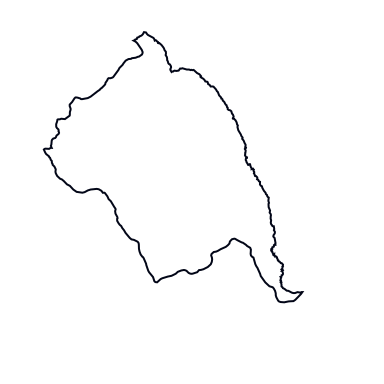 outline of Cabrera, Cundinamarca, Colombia, rotated 315°
{"feature_id": "7082276B86545792677469", "entity_name": "Cabrera", "entity_type": "district", "adm_level": 2, "iso_a3": "COL", "parent_name": "Colombia", "parent_adm1": "Cundinamarca", "projection": "albers", "projection_center": [-74.42, 3.884], "detail": "fine", "context": "isolated", "style": "outline", "palette": "ink", "viewbox_px": 384, "rotation_deg": 315, "n_neighbors": 0, "source": "geoboundaries", "source_scale": "gbopen_adm2", "svg_char_len": 6005}
<svg xmlns="http://www.w3.org/2000/svg" viewBox="0 0 384 384"><g transform="rotate(315 192 192)"><path d="M117.3,57.2L116.1,60.3L115.7,62.0L116.1,65.8L115.6,66.6L115.8,67.5L114.9,69.3L114.8,70.9L113.5,72.4L113.3,73.5L112.7,74.2L112.7,76.7L111.7,79.6L109.7,81.2L108.9,82.5L108.0,85.3L108.1,89.3L108.9,91.1L109.1,93.6L109.0,98.2L110.0,101.3L109.8,106.3L110.5,110.3L114.0,115.0L116.0,116.2L119.4,117.2L122.1,118.6L126.8,122.4L128.0,124.1L128.8,127.1L128.4,129.5L129.6,130.6L129.7,131.2L129.1,135.3L128.0,138.1L128.1,141.1L126.5,147.4L126.1,149.6L125.8,150.2L124.1,151.2L122.6,153.2L121.5,156.9L120.8,157.9L120.1,158.0L118.7,159.5L118.0,162.1L117.7,164.1L117.9,166.0L117.2,168.2L116.9,170.9L116.1,173.9L115.5,180.5L115.7,182.7L117.1,184.8L118.3,188.4L118.4,188.9L118.1,190.4L117.3,191.5L114.3,194.7L112.8,197.0L111.5,199.9L111.1,202.7L111.3,203.6L111.0,204.7L108.8,210.3L108.1,211.2L105.4,216.7L104.9,218.5L104.3,224.6L102.3,228.5L102.4,229.8L103.5,231.2L108.2,231.4L110.0,232.0L115.1,234.7L118.3,236.8L122.7,238.3L125.5,238.4L128.9,239.9L131.1,241.4L131.7,242.2L132.4,243.8L132.4,246.8L133.0,248.4L133.8,249.5L134.7,250.2L139.0,252.4L141.8,252.2L143.2,253.4L145.5,254.7L150.1,256.2L154.1,256.4L156.6,255.4L158.6,253.9L159.7,252.5L160.7,250.4L161.9,249.7L162.9,249.7L164.9,249.8L166.9,251.2L168.6,251.9L171.8,252.7L177.1,254.7L179.7,255.0L182.0,254.9L183.8,253.8L185.8,253.7L186.9,253.7L188.9,254.9L189.4,255.7L190.0,258.1L191.5,262.8L192.1,263.8L192.8,267.5L192.8,269.2L193.7,272.6L192.9,274.4L189.7,277.2L188.8,278.6L188.7,280.4L189.1,281.8L185.7,287.9L184.9,290.3L184.7,291.7L182.3,298.0L181.2,300.0L179.9,307.7L180.1,313.4L181.7,316.4L181.6,318.0L180.8,320.7L179.6,322.8L178.1,324.4L177.2,326.1L176.1,329.7L176.1,330.8L176.8,332.4L179.2,335.2L183.0,337.7L186.6,340.9L188.8,341.3L196.8,341.2L199.3,340.8L198.7,340.2L197.5,339.8L195.8,337.4L193.4,336.3L192.1,335.0L191.4,333.7L190.3,330.1L189.2,328.7L188.9,325.9L188.3,324.3L188.6,323.5L188.5,322.1L189.8,320.8L190.5,319.6L191.3,319.2L191.1,318.6L191.3,318.6L191.3,318.3L191.6,318.3L192.2,317.8L192.4,317.3L192.2,316.9L194.3,315.6L194.5,314.9L194.9,315.3L195.4,314.8L196.4,314.7L196.6,314.3L197.4,314.6L198.4,314.3L199.4,312.9L199.5,312.3L199.9,311.9L199.7,311.5L200.6,311.6L200.5,310.0L200.8,310.0L201.2,310.5L201.3,310.0L201.7,310.0L202.9,309.2L203.0,308.8L203.9,308.8L204.2,308.2L205.0,307.7L205.1,305.7L204.5,305.1L204.7,303.3L204.3,302.4L205.0,300.8L204.6,301.2L204.4,301.0L205.2,299.6L205.4,298.6L205.8,298.4L206.0,297.4L205.8,296.9L205.1,296.4L205.5,295.9L205.3,295.0L205.8,294.5L205.1,294.6L205.0,293.8L205.2,293.6L205.8,293.5L206.0,291.6L206.5,291.2L206.5,289.9L207.0,289.8L206.9,289.0L207.8,288.4L208.5,289.0L209.6,287.9L211.3,288.5L212.3,287.5L212.7,287.5L213.6,288.4L214.2,287.6L214.3,287.7L215.0,287.1L217.9,282.9L217.9,281.4L218.1,280.9L219.1,280.2L220.8,279.9L221.6,279.6L222.5,278.7L222.9,276.9L223.9,276.4L225.1,274.8L225.6,274.0L225.0,273.5L224.8,272.9L225.2,271.6L225.1,271.0L225.9,269.5L228.0,267.9L228.7,266.5L230.4,264.9L231.1,264.5L232.0,263.4L232.3,261.5L234.1,260.3L235.5,256.9L237.7,254.5L238.7,254.2L239.7,252.3L242.3,250.2L242.1,249.0L242.3,248.1L242.9,247.2L242.8,245.7L243.5,244.5L243.7,242.0L244.7,238.7L245.5,237.4L245.1,236.1L245.4,234.7L247.3,232.9L246.9,231.7L247.4,230.4L247.0,229.0L248.0,228.5L248.5,227.7L248.5,226.0L247.9,225.4L247.9,225.1L248.8,223.7L248.9,222.6L250.1,222.0L250.5,220.4L251.5,219.9L251.3,219.4L251.6,218.7L250.4,218.0L251.0,217.6L251.0,216.6L251.7,215.0L252.7,213.4L252.5,213.1L251.1,212.8L250.8,212.3L251.3,211.3L251.6,209.6L252.3,208.5L252.5,207.6L253.2,206.8L253.9,206.5L254.9,206.8L255.4,206.4L254.9,205.3L255.5,203.4L256.7,202.7L257.1,202.0L258.0,201.7L259.4,200.5L259.8,198.9L260.5,198.7L261.2,199.0L261.6,198.8L261.7,198.3L261.5,197.8L262.9,196.9L263.4,196.3L263.7,194.9L264.9,192.1L265.1,189.9L266.1,189.5L266.3,189.1L266.5,187.3L267.2,185.9L268.4,181.1L270.1,178.2L271.5,177.3L271.6,176.2L272.8,174.3L273.5,172.0L273.4,170.5L273.6,170.1L272.8,169.0L273.0,168.7L274.7,168.2L275.0,167.7L275.7,166.1L275.7,164.9L276.9,162.7L276.8,161.4L275.9,159.8L275.8,158.7L276.9,157.5L276.8,156.7L277.8,155.1L277.6,154.2L278.0,152.4L278.4,151.7L278.5,150.1L278.4,149.2L279.1,147.9L279.1,147.1L278.8,146.6L279.4,145.8L279.5,142.9L281.0,139.5L280.9,138.4L281.5,136.4L281.7,132.7L281.0,131.7L279.8,130.6L280.2,128.6L279.7,127.2L280.6,125.7L280.8,125.0L279.6,123.2L280.0,122.0L280.1,120.0L279.4,117.4L279.4,116.6L280.3,116.5L280.5,114.0L279.7,111.5L279.5,107.0L279.3,106.6L278.4,106.1L277.9,105.1L277.2,104.8L276.5,103.3L274.9,101.7L272.7,97.7L271.7,97.2L270.9,96.3L268.4,96.7L266.6,95.4L265.4,93.8L264.9,93.6L263.7,93.4L263.2,92.8L262.4,92.7L262.9,90.7L263.4,90.3L263.5,89.8L265.2,89.2L266.0,88.3L266.6,86.2L266.2,85.1L266.3,84.2L267.3,82.5L267.7,81.1L268.5,80.4L269.6,78.9L270.2,76.5L271.3,75.9L272.7,74.3L272.9,72.3L273.7,70.7L274.0,69.5L274.4,66.4L274.2,63.5L273.5,63.1L273.3,62.6L274.0,61.9L273.7,60.7L273.9,59.7L273.6,58.9L272.7,58.6L273.5,57.0L273.7,55.8L271.9,49.8L271.9,48.4L272.3,46.7L271.1,45.0L268.8,45.7L267.1,45.7L265.5,45.2L265.0,44.8L263.9,44.9L262.4,44.1L261.2,44.8L259.6,44.0L258.5,44.0L257.8,43.7L258.4,45.7L258.5,48.0L257.0,55.9L256.0,58.2L254.9,59.0L253.8,59.4L250.3,58.8L249.3,58.1L247.1,57.2L244.1,54.9L243.0,54.7L241.1,53.1L238.0,52.2L234.4,52.6L232.9,53.0L228.4,53.0L226.2,53.7L217.7,55.0L216.8,54.9L214.8,53.9L213.4,52.5L212.4,52.5L211.0,53.1L208.1,53.6L206.7,54.5L205.0,54.6L201.6,54.6L200.4,54.3L199.1,54.5L196.5,54.0L187.8,52.9L184.7,51.9L179.9,48.6L179.2,47.8L179.1,46.8L177.9,44.5L176.8,43.0L176.3,42.7L175.0,42.7L170.8,43.6L167.4,43.7L166.3,44.7L165.1,47.2L164.3,48.0L162.2,49.1L160.0,51.2L159.4,51.5L153.7,50.6L151.3,47.7L150.0,47.2L148.5,45.8L148.0,45.7L146.4,46.8L143.9,48.0L142.1,49.9L141.7,51.4L141.8,53.2L141.4,54.0L140.5,54.7L140.3,55.5L139.8,56.2L138.6,56.6L136.1,56.3L134.6,57.0L133.5,57.1L131.7,56.1L130.1,56.1L129.1,56.5L126.1,59.0L124.8,59.6L124.0,61.6L123.4,60.9L121.4,60.4L119.1,57.8L118.3,57.3L117.3,57.2Z" fill="none" stroke="#020617" stroke-width="2"/></g></svg>